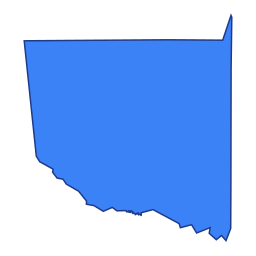 the district of Wood, Texas, United States of America
{"feature_id": "52423323B61780035147901", "entity_name": "Wood", "entity_type": "district", "adm_level": 2, "iso_a3": "USA", "parent_name": "United States of America", "parent_adm1": "Texas", "projection": "robinson", "projection_center": [-95.391, 32.779], "detail": "fine", "context": "isolated", "style": "filled", "palette": "blue", "viewbox_px": 256, "rotation_deg": 0, "n_neighbors": 0, "source": "geoboundaries", "source_scale": "gbopen_adm2", "svg_char_len": 1767}
<svg xmlns="http://www.w3.org/2000/svg" viewBox="0 0 256 256"><path d="M24.2,40.8L36.3,156.2L39.8,161.8L53.2,169.2L52.6,172.2L57.1,178.1L63.0,179.2L66.3,184.1L78.6,191.2L86.5,201.0L86.4,204.2L94.0,205.6L103.3,211.3L112.3,207.4L116.9,210.8L125.9,210.6L126.0,210.7L126.2,211.1L126.3,211.3L126.6,211.4L126.8,211.5L126.8,211.8L127.1,211.8L127.6,211.8L127.8,211.7L127.9,211.4L128.0,211.4L128.4,211.2L128.6,211.0L128.9,210.9L129.3,210.8L129.5,210.8L129.6,211.1L129.5,211.4L129.3,211.4L129.2,211.4L128.9,211.6L128.9,211.8L128.9,212.1L129.0,212.2L129.4,212.0L129.6,212.0L129.8,212.0L130.0,212.3L130.4,212.4L130.5,212.4L130.6,212.2L130.4,211.9L130.3,211.6L130.3,211.4L130.2,211.0L130.3,211.0L130.6,211.2L130.7,211.4L130.7,211.5L130.8,211.7L130.9,211.8L131.0,211.8L131.0,211.4L131.0,211.1L131.3,210.9L131.6,211.1L131.7,211.4L131.8,211.6L132.3,211.6L132.6,211.6L132.8,211.8L132.9,212.2L132.8,212.3L132.7,212.5L132.4,212.9L132.4,213.0L132.7,213.3L132.9,213.4L133.0,213.4L133.3,213.4L133.5,213.2L134.1,213.3L134.7,213.4L134.9,213.5L135.0,213.7L135.2,213.9L135.3,214.0L135.2,214.4L135.2,214.5L135.3,214.5L135.5,214.6L135.8,214.5L136.0,214.3L136.1,214.2L136.1,213.9L136.4,213.7L136.5,213.8L137.0,213.8L137.3,213.7L137.3,213.4L137.3,213.2L137.6,213.0L138.0,213.0L138.3,213.1L138.5,213.2L138.5,213.3L138.4,213.4L138.2,213.5L138.4,214.0L138.3,214.5L138.6,214.8L138.9,214.7L139.0,214.7L139.4,214.4L139.6,214.3L139.9,214.3L140.2,214.5L140.3,214.6L140.8,215.1L141.0,215.2L141.1,215.3L141.2,215.2L141.3,212.7L153.0,209.6L179.1,223.6L180.4,227.7L191.6,224.7L196.6,233.0L210.1,227.6L209.2,233.3L216.3,239.7L221.5,235.5L226.0,240.6L230.7,228.4L230.9,184.7L231.1,68.6L231.8,17.3L231.0,15.4L222.7,40.2L199.2,40.0L167.8,39.8L24.2,40.8Z" fill="#3b82f6" stroke="#1e3a8a" stroke-width="1.5"/></svg>